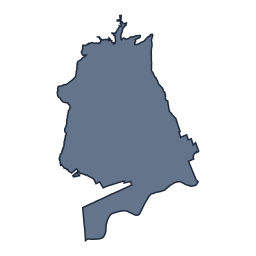 Cuzdrioara, Cluj, Romania (orthographic projection)
{"feature_id": "2599482B38314546177556", "entity_name": "Cuzdrioara", "entity_type": "district", "adm_level": 2, "iso_a3": "ROU", "parent_name": "Romania", "parent_adm1": "Cluj", "projection": "orthographic", "projection_center": [23.913, 47.18], "detail": "fine", "context": "isolated", "style": "filled", "palette": "slate", "viewbox_px": 256, "rotation_deg": 0, "n_neighbors": 0, "source": "geoboundaries", "source_scale": "gbopen_adm2", "svg_char_len": 5564}
<svg xmlns="http://www.w3.org/2000/svg" viewBox="0 0 256 256"><path d="M152.7,34.8L152.4,34.4L152.0,34.2L150.5,34.7L150.1,35.5L149.8,35.5L149.7,35.6L149.7,36.3L148.7,36.5L147.5,37.2L146.8,38.3L146.4,38.4L144.7,40.5L143.2,41.7L141.3,42.2L139.3,43.7L136.7,44.5L136.0,44.5L134.6,44.3L135.0,42.4L135.6,41.5L135.4,40.0L135.3,39.6L139.9,37.6L140.0,37.1L140.4,35.7L139.9,35.4L135.1,36.0L133.6,36.8L132.9,37.0L130.7,36.9L129.9,37.4L129.0,38.4L126.1,39.2L125.2,38.9L124.0,38.0L123.6,38.0L122.4,38.8L121.5,39.8L121.1,39.3L121.0,38.8L120.9,38.4L121.1,37.6L121.0,36.9L120.8,36.8L120.8,36.2L120.8,35.6L121.4,34.0L121.4,33.2L122.0,32.2L122.7,29.1L123.1,28.0L123.6,27.6L125.1,25.8L126.2,25.0L125.5,23.9L126.4,23.4L126.4,22.9L124.5,23.7L123.7,23.7L123.1,23.4L122.4,22.2L121.7,21.5L121.1,22.4L120.9,21.1L120.9,19.3L121.1,19.1L121.1,16.8L121.3,15.5L120.8,15.4L119.7,15.5L120.0,17.6L120.8,19.0L118.4,19.9L117.1,20.2L117.2,21.0L120.3,20.9L120.6,22.3L120.2,23.5L120.3,23.8L121.0,24.2L121.2,24.6L121.3,25.1L121.4,26.4L120.8,26.4L119.4,25.9L119.6,26.3L119.3,27.1L118.6,28.0L117.3,30.0L115.6,33.0L115.2,32.8L114.5,33.2L113.2,33.4L112.7,33.0L111.9,33.1L112.0,33.4L112.6,33.6L113.8,34.7L114.5,35.1L114.2,35.5L115.0,35.9L115.2,36.3L115.2,37.0L115.0,37.4L115.5,39.7L115.6,40.7L115.3,42.1L114.7,42.6L114.7,42.9L114.9,43.3L113.6,43.9L113.6,43.6L113.9,43.6L114.1,42.9L112.2,42.7L111.7,41.2L111.8,40.8L111.0,40.6L109.9,38.8L109.2,38.1L109.5,40.5L108.7,40.8L108.5,40.7L108.3,38.9L107.8,39.3L106.3,39.7L105.4,39.3L105.2,39.4L105.2,39.6L103.6,39.6L103.4,40.0L103.2,40.1L102.1,39.7L101.8,39.4L101.6,39.9L101.4,40.0L100.6,39.2L99.9,37.9L99.6,37.1L99.3,36.8L99.1,36.9L99.0,37.2L98.1,36.9L97.8,37.0L98.5,37.3L99.4,38.0L100.7,40.2L100.9,40.8L100.5,41.9L100.0,42.5L100.2,42.8L99.6,43.0L99.6,42.8L99.3,42.8L98.6,43.2L98.0,43.3L97.0,43.3L96.5,43.0L94.7,43.4L92.6,42.7L91.7,42.6L90.5,43.2L89.2,43.4L88.9,43.9L88.5,43.5L88.0,44.1L87.3,44.2L87.2,44.7L86.7,45.0L84.9,45.4L82.8,45.3L82.7,47.6L82.8,49.1L82.1,50.5L81.4,51.4L81.5,52.8L82.0,53.7L82.3,54.6L82.7,55.1L83.8,55.4L86.1,55.1L84.6,56.7L82.7,57.7L81.0,59.7L78.3,61.3L77.9,61.7L77.5,62.4L77.2,63.2L77.4,64.5L77.1,64.6L76.8,69.5L76.3,71.4L76.2,73.4L76.0,74.4L75.8,75.9L75.4,76.8L74.2,78.1L71.8,80.4L69.1,82.4L67.1,84.1L65.9,84.5L63.3,85.0L62.4,85.6L61.9,85.8L60.0,86.2L58.4,86.3L57.7,88.1L57.7,89.3L58.1,90.2L58.0,90.4L57.3,91.7L57.3,92.5L57.5,94.7L57.8,95.9L58.2,96.7L58.9,97.5L60.2,98.2L61.0,99.9L61.7,100.6L62.6,101.7L63.0,101.9L66.5,102.9L68.0,102.7L68.1,103.5L68.4,104.1L68.8,104.7L69.5,105.3L70.2,106.6L70.3,107.2L69.6,108.3L69.5,109.1L69.3,109.3L69.2,110.1L68.5,110.7L68.3,111.2L68.1,112.8L68.2,113.4L68.1,113.9L67.4,115.7L67.5,117.6L66.7,120.2L66.8,121.7L66.6,122.8L66.7,123.4L66.2,125.3L66.4,126.0L65.6,127.1L64.8,128.8L64.7,130.6L64.9,131.7L65.2,132.2L66.2,133.0L66.3,133.4L65.9,135.0L65.3,136.0L65.3,136.4L65.4,137.6L65.0,138.5L65.1,139.2L64.7,139.4L64.7,139.6L65.0,140.1L64.5,140.8L64.1,141.8L64.1,143.1L64.3,143.7L64.0,144.5L64.1,145.0L63.8,145.5L63.9,146.0L63.9,146.4L63.7,146.9L63.1,147.5L63.3,148.4L62.8,148.7L62.5,149.9L62.2,150.3L62.2,150.5L62.3,150.9L62.3,151.1L61.9,151.3L61.8,151.6L61.9,152.1L61.8,152.8L60.3,154.5L60.2,154.9L60.0,156.5L59.6,157.1L59.6,157.6L59.2,158.6L59.2,158.9L59.7,159.3L59.4,159.8L59.4,160.0L59.8,160.3L60.1,161.4L60.4,162.0L60.2,163.0L60.6,165.4L61.4,165.0L61.2,164.6L61.4,164.5L61.5,164.9L62.9,166.1L64.2,168.2L64.9,168.2L66.1,168.5L66.7,169.4L67.0,169.1L67.3,169.0L67.7,169.8L68.2,170.3L69.0,171.5L70.8,172.5L71.6,173.1L76.5,168.8L78.3,171.1L72.8,175.7L73.5,176.8L75.1,176.3L75.1,176.6L79.4,175.7L79.2,175.3L76.9,172.6L78.5,171.5L80.2,173.8L81.1,173.3L84.3,174.4L85.7,175.1L87.1,175.0L87.2,175.4L87.4,175.6L90.0,176.9L92.9,178.5L94.1,179.6L96.0,183.7L99.5,181.9L99.7,182.1L103.2,187.9L106.0,186.5L123.9,180.9L124.0,181.4L124.0,183.0L130.6,181.5L131.4,184.2L131.7,185.0L114.0,193.2L111.2,194.3L101.7,198.9L95.9,201.4L94.0,202.5L91.1,203.6L88.3,205.1L82.7,207.6L84.1,223.8L84.8,230.0L85.5,240.6L87.1,239.4L87.7,239.1L88.6,239.0L92.9,239.3L99.3,238.9L101.3,238.3L102.3,237.8L103.1,237.2L104.2,235.8L104.7,234.7L105.4,232.9L105.8,231.3L105.9,230.0L106.1,225.5L107.3,220.5L109.1,216.6L110.0,215.3L111.7,213.8L114.0,212.9L118.0,211.7L119.8,211.3L124.2,210.7L126.4,210.9L135.3,215.1L136.6,215.2L138.1,215.1L139.5,214.1L144.8,203.3L148.9,196.5L150.7,194.3L151.4,193.9L153.7,193.3L155.4,192.5L160.6,191.5L164.7,190.1L167.1,187.9L170.8,185.0L174.3,182.8L177.2,181.9L179.2,181.7L180.9,181.9L185.4,184.4L189.6,185.8L190.5,186.2L193.4,185.9L194.9,185.5L196.4,184.7L198.2,181.8L196.2,180.0L188.5,161.3L193.7,159.0L193.2,157.4L193.5,155.6L193.9,154.5L194.2,153.9L195.9,152.1L196.3,151.9L196.6,152.6L197.2,152.1L198.4,151.7L198.7,151.0L198.4,150.5L196.4,144.9L195.5,142.7L193.2,145.0L191.3,138.8L188.2,139.9L186.6,134.8L183.3,136.2L181.4,136.9L180.7,137.4L178.9,132.1L180.2,131.6L177.5,124.0L177.5,123.7L175.9,118.6L172.2,114.7L171.6,113.6L171.2,113.2L170.5,112.7L170.4,112.4L169.4,111.2L169.0,109.4L168.7,108.3L168.6,106.5L168.0,103.6L167.9,101.3L167.4,100.6L166.6,100.5L166.0,100.1L165.3,98.4L165.6,95.9L165.2,95.3L165.3,94.5L164.8,92.4L164.6,92.1L164.2,91.9L163.5,91.4L163.2,90.7L163.2,90.1L162.7,88.5L162.4,88.0L161.8,87.6L161.3,86.7L160.4,86.2L159.7,85.0L159.0,84.5L158.3,83.5L157.8,81.5L156.4,78.8L156.0,77.8L155.8,77.9L155.4,77.5L154.6,76.5L153.9,75.4L153.6,74.1L153.3,73.3L151.4,70.5L151.6,63.7L151.5,61.6L151.3,59.4L151.4,56.7L151.3,54.6L151.3,52.0L151.4,49.3L151.4,48.9L152.0,46.2L152.0,44.7L151.7,41.6L151.4,41.0L151.5,39.5L152.6,36.0L152.3,35.9L152.7,34.8Z" fill="#64748b" stroke="#1e293b" stroke-width="1.5"/></svg>